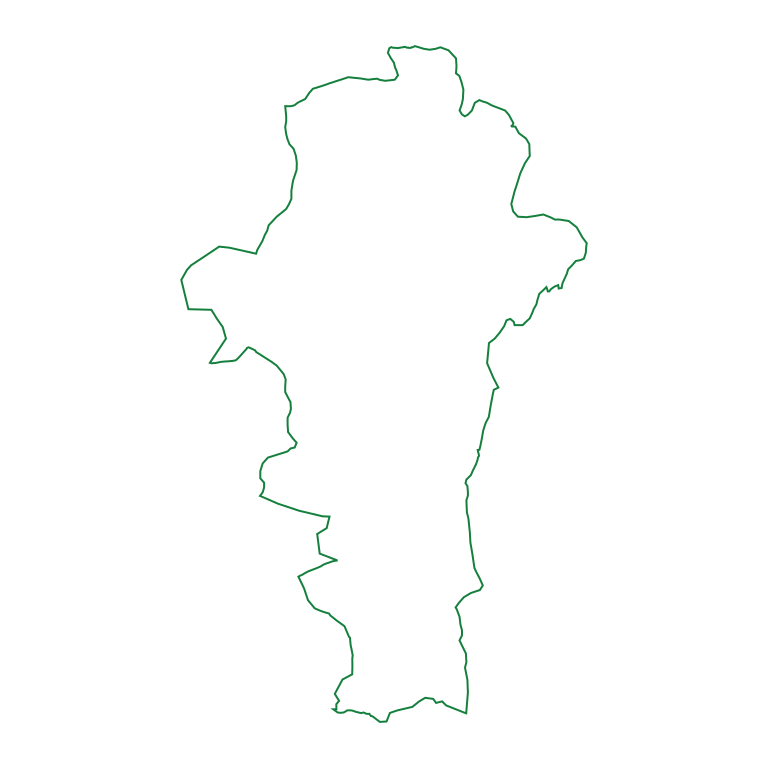 the district of Shiroro, Niger, Nigeria
{"feature_id": "59680162B70265669805684", "entity_name": "Shiroro", "entity_type": "district", "adm_level": 2, "iso_a3": "NGA", "parent_name": "Nigeria", "parent_adm1": "Niger", "projection": "mercator", "projection_center": [6.713, 10.082], "detail": "fine", "context": "isolated", "style": "outline", "palette": "green", "viewbox_px": 768, "rotation_deg": 0, "n_neighbors": 0, "source": "geoboundaries", "source_scale": "gbopen_adm2", "svg_char_len": 5198}
<svg xmlns="http://www.w3.org/2000/svg" viewBox="0 0 768 768"><path d="M285.2,106.2L286.2,116.3L286.2,121.6L285.2,127.0L286.2,134.2L287.6,139.5L289.5,144.3L293.6,148.8L295.9,155.9L296.8,162.9L296.6,170.0L293.0,180.8L291.4,190.6L291.4,198.8L289.0,204.1L286.2,209.0L276.7,216.7L268.6,225.4L267.2,230.7L264.8,235.0L262.5,240.8L257.3,249.9L256.1,253.7L229.4,247.7L219.2,246.6L204.1,256.7L191.1,265.3L187.1,269.7L181.3,279.9L188.4,309.2L211.4,309.8L216.9,318.7L222.7,327.0L226.0,338.6L209.9,362.8L210.6,363.0L211.4,363.3L212.5,363.2L215.5,363.0L217.8,362.5L218.9,362.4L219.8,362.0L224.8,361.5L228.3,361.3L230.8,361.1L231.0,361.0L231.4,361.0L232.5,360.9L233.1,360.8L233.7,360.7L234.2,360.7L234.8,360.5L235.3,360.4L235.8,360.2L236.2,359.9L236.7,359.6L237.1,359.2L237.5,358.8L237.9,358.4L238.7,357.6L242.2,353.7L245.0,350.6L245.7,349.8L246.1,349.4L246.4,349.0L246.7,348.6L246.9,348.2L247.0,347.9L248.7,347.3L254.9,350.2L256.3,352.1L271.5,361.8L276.7,365.6L280.5,370.2L281.6,371.5L282.4,372.5L282.7,372.9L282.9,373.2L283.8,374.3L285.7,379.6L285.2,386.3L285.2,392.1L290.5,402.2L290.9,409.0L290.0,412.8L287.6,417.7L287.6,424.9L288.1,432.1L292.8,438.4L296.6,442.7L294.7,447.5L290.5,448.5L287.6,451.4L283.3,452.8L278.4,454.3L267.9,457.6L262.7,463.4L260.3,471.1L260.3,478.3L264.1,482.7L264.1,487.5L262.7,492.3L260.0,495.9L278.2,503.8L299.0,510.7L322.5,516.3L329.5,516.6L326.7,528.1L317.2,534.0L319.7,553.6L337.5,560.5L335.4,560.7L332.3,561.4L328.7,562.7L325.9,563.6L322.9,564.9L320.9,566.3L318.4,567.4L316.0,568.4L313.6,569.3L311.0,570.3L308.4,571.3L306.5,572.3L304.6,573.3L302.4,574.7L300.1,575.7L298.4,576.7L301.8,583.6L304.2,588.8L305.9,593.9L308.0,600.2L314.7,608.3L319.0,610.2L321.3,611.1L322.6,611.6L325.1,612.4L329.0,613.5L330.4,615.5L336.5,620.4L344.5,626.2L349.0,636.8L350.0,637.8L350.6,644.9L352.0,651.6L352.7,655.4L352.3,658.5L352.4,666.6L352.2,674.3L342.5,679.5L334.8,693.9L339.1,700.9L336.3,704.2L336.4,709.2L333.3,709.3L337.7,712.5L340.5,712.8L343.6,712.5L345.0,711.8L347.1,710.4L349.4,710.3L352.0,710.5L355.8,711.8L361.1,713.1L363.6,712.5L366.8,713.9L369.4,713.9L370.9,716.0L372.5,716.3L376.7,719.5L379.8,721.9L386.5,721.5L387.2,719.8L389.9,713.0L392.0,712.2L397.1,710.5L397.4,710.4L412.3,706.9L419.2,701.4L425.2,697.8L433.2,698.9L436.1,702.9L442.1,701.4L446.1,705.4L464.0,712.5L466.2,713.3L467.9,692.3L467.4,679.7L465.0,667.6L466.4,662.1L465.9,653.5L459.5,640.4L462.0,635.4L462.0,630.3L460.5,624.8L459.5,616.7L458.1,613.0L456.8,609.4L455.6,607.4L459.0,602.7L464.0,597.1L470.9,593.0L479.9,590.0L482.8,585.5L479.9,578.9L475.9,571.2L474.4,567.8L472.4,554.2L470.4,542.6L469.9,533.0L468.4,518.4L466.9,512.4L466.4,500.3L467.9,495.7L467.9,492.2L467.4,486.1L465.5,483.1L466.4,479.6L470.9,475.1L472.9,470.5L476.0,464.3L477.5,460.0L478.0,457.4L479.1,455.8L478.4,452.9L477.7,450.0L479.4,449.8L480.4,445.8L481.8,438.7L483.3,430.2L485.8,422.6L488.8,417.0L490.8,404.9L492.8,394.3L493.8,389.8L498.4,387.6L493.3,377.7L487.1,363.2L489.0,343.0L494.7,338.6L499.9,332.4L500.9,330.9L504.2,326.1L506.5,320.3L510.3,318.9L511.6,320.0L513.7,321.8L514.6,325.1L522.7,325.1L525.5,322.3L529.8,318.3L532.6,312.1L533.6,309.2L536.4,304.4L537.4,300.1L539.3,293.8L544.0,289.5L546.4,287.1L547.3,289.5L547.8,291.4L549.2,291.4L551.1,289.0L554.5,286.6L558.2,285.1L558.4,286.5L558.7,288.5L561.6,288.0L562.1,285.2L562.5,283.2L566.8,273.8L568.2,269.2L572.0,265.4L575.8,261.0L580.5,260.1L583.9,258.6L585.8,252.8L586.2,247.0L586.7,243.2L584.3,239.9L582.4,237.4L576.7,227.3L573.9,225.1L571.4,223.1L568.7,221.0L560.5,219.7L558.7,219.5L557.0,219.5L554.9,219.6L551.5,217.8L550.2,217.2L548.6,216.6L543.3,214.5L536.1,215.8L533.6,216.2L527.9,217.0L526.5,217.2L521.6,216.9L517.9,216.7L515.5,214.0L513.2,211.4L512.3,208.0L511.3,204.1L514.5,191.6L516.4,185.9L520.3,173.3L525.0,163.1L529.8,155.9L529.6,152.6L529.3,144.1L526.0,138.5L518.9,133.2L515.4,126.8L515.3,126.7L515.1,126.7L513.9,126.5L513.6,126.4L513.0,126.4L512.6,126.5L512.0,126.5L511.5,126.0L511.6,125.8L511.8,125.7L512.2,125.5L512.5,125.1L512.7,124.9L512.9,124.3L513.1,123.9L513.2,123.7L513.3,123.5L513.4,123.3L513.4,123.2L508.9,114.9L505.1,110.5L497.8,107.7L495.1,106.7L491.4,105.2L487.1,102.8L482.5,101.4L479.4,100.1L474.8,102.8L471.9,110.5L467.6,114.9L464.8,116.3L461.9,114.4L459.6,110.5L461.9,103.8L462.9,99.0L463.2,93.0L463.4,89.8L463.1,88.5L461.5,82.1L459.9,77.5L459.3,75.8L456.0,73.4L456.5,66.2L456.0,58.4L452.5,54.6L449.9,51.8L448.4,50.2L447.1,49.8L440.4,47.3L438.2,48.0L435.6,48.8L429.9,49.7L428.1,49.5L423.8,48.8L414.9,46.1L414.2,46.5L412.8,47.2L411.9,47.5L411.4,47.3L410.9,47.7L409.7,48.0L409.3,48.0L408.8,47.8L408.4,47.6L408.1,47.7L407.9,47.7L407.7,47.7L407.1,47.6L406.9,47.5L406.7,47.6L406.3,47.3L405.7,47.1L404.2,46.9L403.7,47.1L398.3,48.0L397.0,48.1L395.3,47.8L393.2,47.8L391.2,47.1L389.3,48.3L387.9,52.8L391.0,58.4L393.9,62.7L395.2,67.9L395.3,68.1L396.2,69.8L398.0,75.4L394.8,79.7L385.4,80.8L379.8,79.9L377.2,78.7L371.4,79.3L368.3,79.7L366.4,79.4L362.6,78.8L361.0,78.5L352.0,77.6L348.3,77.2L342.0,79.3L338.5,80.4L331.2,82.8L328.9,83.5L326.9,84.3L324.2,85.2L322.2,85.9L318.7,87.0L312.8,88.8L310.6,91.4L309.4,92.7L307.4,95.7L305.2,99.0L302.4,100.4L300.7,101.2L297.6,102.8L294.6,105.2L291.9,106.0L290.5,106.2L285.2,106.2Z" fill="none" stroke="#15803d" stroke-width="2"/></svg>